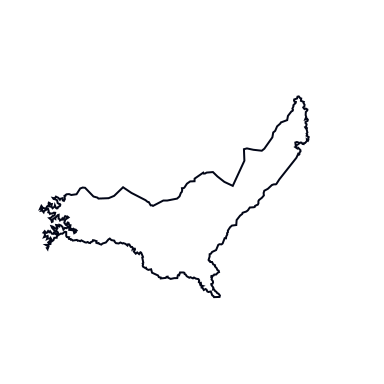 Jardim, Mato Grosso do Sul, Brazil (Albers equal-area conic projection), rotated 136°
{"feature_id": "56859067B9427285142105", "entity_name": "Jardim", "entity_type": "district", "adm_level": 2, "iso_a3": "BRA", "parent_name": "Brazil", "parent_adm1": "Mato Grosso do Sul", "projection": "albers", "projection_center": [-56.285, -21.608], "detail": "fine", "context": "isolated", "style": "outline", "palette": "ink", "viewbox_px": 384, "rotation_deg": 136, "n_neighbors": 0, "source": "geoboundaries", "source_scale": "gbopen_adm2", "svg_char_len": 6082}
<svg xmlns="http://www.w3.org/2000/svg" viewBox="0 0 384 384"><g transform="rotate(136 192 192)"><path d="M283.7,277.4L284.9,277.7L285.6,277.2L286.4,277.8L288.4,275.2L290.3,274.6L290.8,275.7L289.5,277.5L291.3,278.5L292.4,278.2L292.2,280.7L293.1,283.2L294.4,282.9L295.5,283.3L296.2,284.3L296.4,283.1L295.4,281.7L294.8,279.7L296.3,277.4L296.0,275.9L295.4,275.3L295.5,274.4L296.5,273.7L299.0,274.2L300.0,273.7L300.7,274.1L300.9,275.0L299.9,277.6L300.9,276.9L303.6,277.2L303.0,279.5L301.2,280.7L302.3,281.5L302.0,283.0L302.4,283.8L303.3,283.2L304.5,280.9L305.0,282.1L306.4,282.3L308.3,281.6L309.3,282.4L310.3,284.3L310.0,286.6L313.0,285.4L311.1,284.7L311.7,283.7L313.5,283.3L312.6,282.7L312.8,280.5L311.7,281.1L307.2,280.0L308.3,277.8L309.5,277.2L309.0,276.2L309.4,274.9L308.5,274.7L307.6,273.6L305.7,273.1L304.9,272.1L307.2,270.6L308.9,271.5L311.6,271.5L312.8,272.3L312.6,269.7L313.6,267.8L312.8,267.5L311.2,269.0L310.3,269.1L309.3,268.9L309.0,267.6L308.3,268.3L304.6,268.6L303.8,268.2L306.5,265.5L306.1,264.5L306.7,263.2L304.7,262.7L303.7,263.0L303.9,261.8L300.0,262.7L299.7,261.7L298.7,261.1L298.5,259.5L302.2,260.2L305.2,258.6L305.6,255.9L305.3,254.8L303.7,256.1L302.6,256.4L302.2,255.7L303.3,253.5L302.5,252.5L304.2,251.3L304.7,250.2L304.1,248.4L302.8,248.0L302.6,246.6L301.8,245.8L301.8,244.4L302.9,244.6L303.5,243.8L305.3,244.2L303.9,246.7L306.6,250.1L305.7,250.7L305.1,252.7L307.4,253.1L308.4,254.5L310.6,254.3L309.4,256.9L309.5,259.0L310.2,260.5L311.5,259.4L312.1,260.4L311.7,261.5L312.6,262.6L314.2,259.3L315.2,259.2L316.2,263.8L316.9,265.0L317.5,263.5L317.8,258.3L316.9,258.3L316.4,257.1L316.7,255.7L317.6,255.1L318.2,256.0L319.1,255.6L319.8,258.6L320.7,258.1L321.7,259.2L321.3,262.4L322.7,262.3L322.6,263.9L324.9,263.5L325.5,264.3L325.2,266.1L327.0,265.9L326.5,265.0L327.7,263.1L329.8,262.3L326.4,260.7L326.9,260.0L328.9,258.9L327.8,258.6L326.7,257.0L325.7,257.3L325.9,256.3L326.2,255.5L330.4,255.6L330.4,254.4L331.5,254.1L330.0,252.9L328.5,254.1L325.2,253.6L322.9,254.7L321.1,253.1L320.3,253.8L318.5,254.0L315.3,253.2L314.2,252.0L311.1,251.7L310.3,250.6L313.0,247.8L313.3,246.6L311.9,244.9L312.8,244.5L313.1,243.6L311.9,242.5L312.3,241.8L311.5,241.0L311.5,239.9L308.1,237.5L308.1,236.3L307.4,235.9L306.5,234.2L305.2,234.1L303.9,230.1L303.2,229.1L301.8,228.5L301.5,227.1L300.7,226.0L299.6,226.2L297.6,225.5L296.7,226.1L296.1,225.4L294.8,222.9L296.1,222.0L295.7,220.9L294.6,220.2L294.8,219.2L293.8,217.2L292.2,217.1L289.0,215.5L285.1,215.9L283.5,215.6L283.4,213.4L281.7,211.0L282.2,209.9L282.2,208.0L280.5,205.9L278.6,205.4L277.7,203.2L276.9,202.9L275.9,200.9L275.6,198.3L274.3,198.8L273.5,197.8L274.2,195.1L273.3,194.1L273.5,192.7L274.5,192.0L273.3,191.8L272.5,190.9L273.0,190.2L275.2,189.6L275.3,186.7L273.4,186.6L273.2,184.1L271.0,184.5L270.7,183.7L272.4,179.3L273.3,179.4L276.2,174.9L277.1,174.9L277.6,173.8L278.7,173.2L279.1,172.3L278.5,170.0L277.7,169.5L278.2,168.3L277.5,166.3L275.1,164.8L276.8,161.7L274.4,155.5L275.0,153.8L273.9,152.2L274.5,151.5L270.5,148.4L269.3,148.7L268.3,148.0L268.8,147.2L267.7,144.3L264.5,142.3L262.4,140.3L260.1,141.9L259.3,141.9L259.0,141.1L256.5,142.4L254.1,140.1L253.6,139.2L254.3,138.1L253.9,137.0L254.3,135.1L253.5,132.2L252.4,131.9L251.3,129.2L250.0,129.1L249.4,127.0L247.9,124.9L248.2,123.5L249.7,122.4L249.5,121.3L248.7,120.6L249.6,119.4L250.3,119.8L250.7,119.0L249.5,116.9L250.7,117.3L251.5,116.6L251.0,115.7L251.6,113.3L249.7,112.8L249.4,111.7L250.1,109.8L249.6,108.6L247.6,107.4L249.2,103.6L248.9,102.2L249.2,101.1L245.1,97.4L243.8,98.2L243.6,100.5L244.1,101.8L243.8,103.4L244.2,104.5L243.8,106.6L244.6,107.2L243.1,108.4L242.6,111.7L242.1,112.4L240.9,111.8L239.7,112.3L238.9,113.4L238.7,115.5L236.5,116.9L237.1,117.5L236.4,118.1L234.4,116.9L233.4,117.2L232.0,115.9L229.3,116.0L228.2,115.6L227.5,116.8L227.9,118.5L227.2,119.9L227.2,122.5L226.3,123.3L227.0,125.2L226.2,127.7L227.5,129.0L227.0,130.1L227.5,130.8L227.3,131.6L224.2,133.3L222.5,135.0L221.3,134.5L219.2,134.9L215.0,133.5L209.9,135.7L208.6,135.4L207.1,133.8L205.7,133.7L200.6,136.1L199.7,135.1L198.2,136.3L196.2,136.9L195.4,138.0L194.1,138.1L193.0,139.3L189.1,140.2L186.6,140.1L183.1,137.5L179.4,140.8L173.8,141.6L171.2,141.3L170.0,141.9L166.4,140.2L164.5,140.0L161.2,140.7L158.0,138.0L157.0,137.7L156.2,138.2L153.4,137.2L152.1,137.7L150.6,139.3L149.4,139.7L145.7,139.3L142.7,139.6L141.2,141.5L139.1,142.7L135.3,141.6L129.7,141.5L127.9,140.7L126.4,139.3L125.5,139.2L120.5,140.4L93.1,144.1L90.3,145.2L89.5,144.7L89.0,145.6L88.3,144.8L87.3,145.7L85.8,145.8L84.9,146.8L84.9,149.9L86.0,150.0L86.5,152.6L85.3,152.3L83.9,152.9L85.0,153.5L83.3,155.8L81.8,155.1L80.9,153.2L81.5,152.5L79.6,152.2L78.9,151.4L79.1,149.8L78.4,148.9L77.7,149.4L76.6,148.7L73.7,148.9L73.0,149.8L72.9,148.4L71.9,148.8L70.9,150.0L69.9,150.4L70.5,152.8L69.4,153.1L69.0,154.4L67.7,154.6L66.1,157.3L65.1,158.0L65.9,158.7L65.6,160.1L64.5,159.8L62.5,161.1L62.5,162.6L61.7,163.5L59.5,162.9L58.5,163.5L58.3,164.8L60.1,165.6L57.7,166.7L56.8,168.4L54.5,170.5L52.4,170.6L51.7,171.2L52.2,173.0L53.4,173.4L53.5,174.5L53.2,175.6L51.8,175.5L50.4,176.6L49.9,178.7L49.0,179.1L50.3,181.9L48.5,183.4L49.0,184.3L48.8,186.6L49.9,187.3L51.5,186.3L54.2,187.6L55.1,186.9L55.5,185.7L54.7,184.7L55.4,184.1L58.8,184.0L59.6,183.1L61.9,182.2L62.3,180.9L63.4,180.5L64.5,180.9L70.1,180.1L73.6,177.6L79.8,180.3L80.9,179.9L85.2,180.1L89.7,178.2L92.2,178.4L96.2,175.5L109.9,172.9L113.1,173.2L118.5,179.7L122.2,185.2L124.9,186.7L132.6,178.1L158.4,168.1L161.7,176.8L162.9,185.5L163.1,191.8L168.0,195.8L169.9,196.3L170.8,197.2L170.5,198.1L180.8,199.8L182.7,198.0L186.0,200.9L189.9,201.5L194.2,200.5L195.3,200.6L196.6,201.7L197.8,200.1L199.4,199.1L200.6,199.1L204.0,197.5L207.3,197.6L215.8,203.1L218.6,205.8L229.7,209.1L230.0,210.2L231.0,211.1L230.1,214.8L230.8,215.7L231.1,218.4L236.2,233.4L238.3,243.3L250.7,243.3L256.3,245.5L263.9,252.3L263.9,253.6L266.0,257.2L266.0,269.3L267.5,271.1L270.0,272.2L276.6,270.6L280.9,273.7L281.9,275.9L283.7,277.4ZM332.5,254.0L333.3,255.0L333.9,255.5L333.4,253.6L333.6,252.2L332.8,252.6L332.5,254.0ZM335.5,251.4L334.4,252.2L335.3,252.5L335.5,251.4Z" fill="none" stroke="#020617" stroke-width="2"/></g></svg>